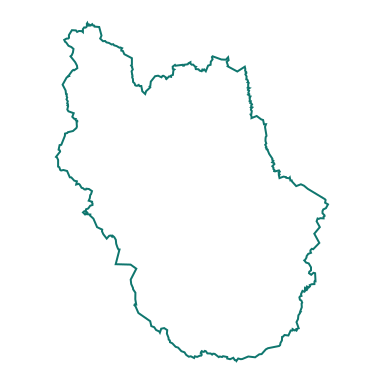 outline of Turicato, Michoacán, Mexico
{"feature_id": "50627088B87048216437390", "entity_name": "Turicato", "entity_type": "district", "adm_level": 2, "iso_a3": "MEX", "parent_name": "Mexico", "parent_adm1": "Michoacán", "projection": "robinson", "projection_center": [-101.446, 18.943], "detail": "fine", "context": "isolated", "style": "outline", "palette": "teal", "viewbox_px": 384, "rotation_deg": 0, "n_neighbors": 0, "source": "geoboundaries", "source_scale": "gbopen_adm2", "svg_char_len": 5818}
<svg xmlns="http://www.w3.org/2000/svg" viewBox="0 0 384 384"><path d="M315.5,281.1L315.1,273.2L313.5,272.8L311.2,274.8L309.0,273.2L309.3,271.7L311.0,270.4L311.0,267.3L308.7,263.4L306.1,262.6L304.3,260.4L305.1,259.9L306.5,257.5L306.6,256.2L308.2,253.9L311.0,252.8L310.3,251.0L310.7,249.9L311.9,248.8L313.2,249.2L319.3,242.9L314.3,233.7L319.8,227.1L316.6,221.3L317.6,218.5L318.7,218.9L320.3,218.2L323.6,218.4L323.6,216.7L324.6,216.0L324.5,215.3L322.5,213.2L322.5,211.1L323.3,209.4L325.9,208.2L328.0,204.4L325.1,202.7L325.6,200.0L324.8,199.1L307.7,188.8L304.0,185.7L300.9,184.3L296.2,186.1L292.0,181.5L291.7,180.4L290.4,180.5L289.8,177.5L289.2,178.3L286.2,177.8L286.0,177.1L283.5,176.6L279.5,178.1L278.8,174.9L279.6,174.5L278.6,172.9L279.8,171.7L279.0,170.4L275.0,171.4L274.1,171.1L274.4,170.0L273.4,169.0L273.4,167.5L272.3,166.2L274.4,164.1L274.1,163.2L272.2,162.3L273.4,160.9L272.2,159.8L272.4,158.7L269.2,153.9L267.5,149.8L266.6,149.4L266.4,148.8L266.9,148.8L265.9,147.6L266.4,147.0L265.2,144.8L266.3,143.5L265.5,141.1L265.5,139.2L265.7,137.1L266.5,135.9L265.0,126.9L266.0,124.2L264.0,124.3L263.1,120.0L261.2,119.4L256.7,116.0L251.5,118.1L251.6,116.6L250.6,114.5L251.3,114.3L251.8,111.0L250.9,109.8L251.1,108.7L252.2,107.5L250.9,107.2L251.5,106.3L251.2,105.2L252.0,104.4L251.0,103.0L250.3,102.9L250.8,101.3L249.6,101.2L249.9,98.9L249.6,98.3L250.3,96.8L249.6,96.9L249.5,95.4L248.2,94.7L249.1,93.9L248.3,92.9L249.1,90.7L247.9,89.9L248.3,88.8L249.4,88.1L247.7,87.6L248.3,86.5L248.1,84.6L248.7,83.0L247.6,82.4L248.1,81.9L247.8,80.6L247.2,79.5L246.3,79.3L246.6,76.4L245.4,74.4L246.3,73.1L245.7,72.7L246.1,71.9L245.1,70.7L245.3,69.0L244.8,66.7L237.3,71.5L226.7,65.8L227.6,66.2L228.0,65.7L226.7,61.9L228.6,60.2L228.1,57.3L225.9,59.7L221.4,59.5L212.6,56.3L211.9,57.1L212.6,59.3L210.8,61.7L210.6,64.8L208.1,65.6L205.8,71.3L204.1,69.4L203.0,70.4L202.3,69.7L201.6,71.2L199.6,70.6L198.5,69.3L195.8,69.1L195.4,67.3L195.9,66.8L195.0,66.5L193.1,64.6L191.7,64.7L190.4,63.6L190.4,62.2L188.5,63.2L187.7,64.3L184.5,64.7L184.1,65.6L183.1,65.7L182.7,64.8L175.6,65.7L175.0,64.9L172.7,66.6L172.8,68.8L174.3,69.5L173.4,70.2L172.9,74.9L170.9,75.7L171.0,76.8L169.1,76.4L166.4,79.1L165.9,78.7L166.0,77.5L163.5,75.8L162.5,75.9L161.5,77.3L158.1,75.7L155.1,76.2L150.8,81.6L150.3,86.0L149.6,86.5L150.2,87.4L146.1,91.2L145.2,94.0L142.3,91.3L141.3,86.0L139.5,86.1L138.7,84.9L137.1,85.8L136.1,85.7L135.2,85.3L134.6,83.4L133.1,82.0L132.9,78.8L132.2,77.5L132.4,75.1L131.7,74.1L132.2,74.5L131.6,71.3L132.8,69.4L132.2,67.6L131.3,67.2L132.1,67.2L132.1,66.3L131.1,65.6L131.9,64.5L131.9,58.2L124.3,54.2L122.9,51.0L121.3,50.6L121.3,49.3L122.1,48.2L120.4,47.5L119.4,47.7L116.5,46.0L114.2,45.4L113.2,44.2L111.6,44.5L108.9,42.9L106.5,42.4L105.1,41.0L103.0,41.2L100.2,38.6L101.5,35.6L99.2,27.0L94.5,26.6L94.2,25.6L93.1,25.5L92.2,24.2L91.0,25.3L89.6,24.7L89.7,25.6L88.1,25.6L87.3,23.0L86.8,23.8L87.0,25.1L86.5,26.9L85.6,27.6L84.2,27.4L82.9,29.1L82.9,32.1L81.7,31.1L79.0,31.0L77.1,31.9L75.9,30.4L71.9,30.2L68.9,35.1L69.0,37.8L68.3,38.5L66.5,38.6L64.2,39.9L65.1,41.8L66.1,42.4L68.5,45.8L71.3,47.0L73.5,48.9L72.9,52.6L71.7,55.3L70.5,56.3L75.2,62.2L77.0,65.7L77.3,68.2L74.1,70.3L73.3,69.9L72.1,70.9L69.0,75.2L69.2,76.0L68.2,76.0L68.1,76.6L66.7,77.4L62.6,84.7L65.6,90.5L66.0,94.0L66.8,94.2L66.6,96.2L67.2,97.5L66.5,99.3L67.8,101.3L67.2,103.4L67.9,104.0L68.0,104.9L67.4,105.4L68.1,106.2L67.3,109.5L68.4,111.3L73.7,113.2L72.3,116.8L74.1,118.7L75.7,119.0L75.4,119.6L76.0,120.5L77.2,120.7L77.3,121.6L76.6,122.1L76.9,126.7L76.4,128.0L73.0,131.0L67.9,132.2L67.3,133.0L65.0,133.6L64.9,135.8L61.3,144.8L59.6,145.1L58.6,149.7L59.8,150.4L60.1,151.6L56.0,156.9L57.0,157.5L58.1,159.9L58.1,166.6L59.3,167.2L60.2,169.9L61.1,170.5L63.4,170.0L67.1,171.0L69.8,177.3L71.3,177.4L74.3,180.7L76.9,181.3L76.2,184.5L78.7,183.8L79.7,184.6L81.6,187.8L83.0,188.2L84.4,189.4L85.8,189.5L86.3,188.7L88.9,189.0L92.0,191.1L91.0,194.2L90.2,195.1L89.8,198.2L88.7,200.7L92.0,201.7L91.8,202.4L92.5,203.3L92.5,205.0L90.2,205.7L88.2,208.5L86.0,209.3L85.7,211.4L84.3,211.2L83.0,212.4L85.0,214.4L86.9,212.2L87.5,212.9L86.8,214.2L90.3,214.5L90.1,215.6L93.4,218.6L97.1,227.2L102.2,229.6L102.0,231.3L103.3,234.2L106.7,238.6L109.2,235.8L111.0,235.5L112.1,236.7L112.7,235.8L114.3,237.2L115.8,239.8L116.2,243.8L117.5,247.6L118.4,249.4L119.5,249.5L115.7,264.2L130.6,264.6L136.3,268.7L130.7,279.6L131.2,284.0L133.0,288.0L133.1,289.3L135.4,292.7L135.3,299.3L136.2,304.5L134.7,304.4L134.4,305.2L135.5,306.3L138.4,313.0L150.2,321.2L151.3,326.1L154.2,327.2L156.1,330.0L159.3,331.5L159.9,332.6L161.2,328.7L164.2,328.1L167.2,330.1L166.9,333.6L168.5,337.7L168.7,339.6L169.8,340.4L170.0,342.2L172.3,343.3L175.6,346.8L178.1,347.6L181.4,351.2L184.5,352.3L186.2,354.9L188.8,356.7L190.8,356.3L194.1,358.0L194.9,356.3L197.1,356.9L200.0,355.6L201.0,355.7L201.7,354.9L201.5,353.8L200.7,353.1L201.3,351.6L201.8,351.1L202.9,351.9L204.0,351.8L204.8,350.9L205.8,351.2L207.4,353.4L210.7,353.5L212.1,354.6L213.1,353.7L214.7,353.9L218.8,357.1L219.8,356.5L222.1,357.0L223.0,356.2L227.2,357.0L227.2,358.5L230.1,359.2L233.3,357.8L234.8,360.1L235.9,360.1L236.4,361.0L238.2,358.5L240.8,359.2L242.3,359.0L248.3,356.5L255.1,357.3L259.3,354.3L261.6,354.1L265.8,349.4L268.0,348.2L279.1,346.0L280.1,345.1L280.5,342.9L281.9,340.5L282.1,336.9L283.1,336.6L284.5,335.0L288.4,335.5L290.7,330.5L292.4,330.5L292.6,329.1L294.7,330.4L295.7,330.0L296.5,330.6L296.9,329.9L296.5,329.0L298.7,328.3L296.5,322.1L298.0,319.1L298.4,315.3L299.9,313.3L299.9,312.4L300.8,311.7L300.3,311.2L301.8,307.2L301.6,303.6L302.2,302.7L301.4,300.6L299.9,299.7L299.4,297.3L300.0,296.4L301.5,295.9L301.0,294.2L302.5,290.9L304.2,291.8L304.8,291.4L305.0,288.1L306.0,288.8L306.1,290.1L306.7,290.1L307.7,288.4L306.3,288.0L306.8,286.5L309.0,287.3L310.0,286.3L309.7,285.1L311.8,284.2L314.4,284.1L314.5,281.5L314.8,280.9L315.5,281.1Z" fill="none" stroke="#0f766e" stroke-width="2"/></svg>